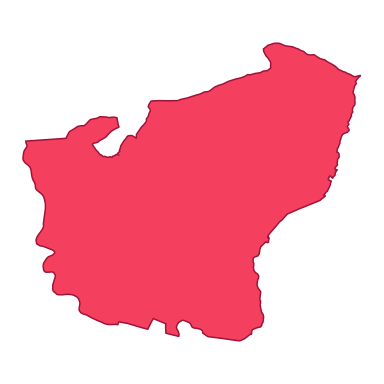 Haghig, Covasna, Romania (Equal Earth projection)
{"feature_id": "2599482B24219232325482", "entity_name": "Haghig", "entity_type": "district", "adm_level": 2, "iso_a3": "ROU", "parent_name": "Romania", "parent_adm1": "Covasna", "projection": "equal_earth", "projection_center": [25.634, 45.863], "detail": "fine", "context": "isolated", "style": "filled", "palette": "rose", "viewbox_px": 384, "rotation_deg": 0, "n_neighbors": 0, "source": "geoboundaries", "source_scale": "gbopen_adm2", "svg_char_len": 5916}
<svg xmlns="http://www.w3.org/2000/svg" viewBox="0 0 384 384"><path d="M361.0,75.5L359.5,75.6L355.3,76.7L353.7,76.5L350.3,74.5L346.5,73.0L345.4,72.2L343.9,71.9L339.7,70.0L337.9,69.0L337.8,68.6L337.6,68.6L336.5,67.4L334.6,65.8L332.1,64.3L328.4,62.4L324.8,59.9L324.1,59.6L322.8,59.5L322.0,59.1L320.2,58.7L317.0,56.7L314.6,55.0L313.5,54.7L309.8,55.0L307.3,54.4L306.0,53.6L304.0,51.7L303.3,51.3L300.4,50.3L298.6,49.1L296.4,48.4L292.6,46.8L285.2,45.8L279.6,43.4L276.6,43.2L274.8,43.2L272.3,43.8L270.2,44.7L268.1,45.2L263.4,49.0L263.6,49.4L263.5,50.4L263.9,51.8L265.1,54.2L266.0,55.9L268.0,58.0L270.4,61.9L270.7,62.8L270.6,68.1L267.4,70.6L263.2,71.1L260.3,72.7L255.3,73.4L250.6,74.7L247.5,74.7L245.1,76.2L243.0,77.1L240.7,77.9L235.5,79.1L228.2,81.4L223.1,84.0L218.1,85.5L217.0,86.1L215.0,86.8L210.1,90.6L208.5,91.5L204.2,92.0L200.2,94.0L196.4,95.0L186.7,98.1L180.7,99.4L177.7,100.6L168.7,100.8L159.9,100.6L153.0,100.9L151.3,101.1L150.9,101.3L149.0,104.4L148.2,106.7L150.1,109.3L150.3,110.1L150.3,110.7L149.1,113.3L148.0,116.9L146.6,118.4L146.4,119.5L146.3,121.4L144.1,124.3L141.3,127.2L136.6,134.2L136.4,134.8L136.4,137.1L136.1,138.0L133.2,136.2L131.6,135.5L128.7,135.7L128.0,135.9L127.0,136.7L126.5,137.8L124.1,140.6L120.6,146.1L120.4,147.7L119.4,150.6L119.4,151.0L119.7,151.3L119.8,151.6L118.3,152.6L118.0,152.9L117.8,153.4L117.8,154.0L118.3,154.7L116.3,154.4L113.9,156.0L112.7,156.2L112.0,157.3L109.9,156.7L109.2,157.1L107.7,157.4L104.7,156.3L103.6,156.6L103.1,156.5L101.7,155.2L99.8,154.3L98.1,152.1L96.0,149.9L92.4,144.5L92.8,143.9L93.9,143.1L95.7,142.9L97.8,142.1L98.5,141.8L98.9,141.3L99.1,140.8L102.4,139.1L105.7,137.2L106.7,136.2L109.1,133.3L111.5,131.1L115.1,128.9L118.2,127.5L119.0,126.9L118.2,124.7L116.9,117.7L114.7,117.2L112.3,117.2L109.0,117.6L106.2,117.0L100.0,116.7L97.1,118.2L90.9,119.4L90.0,119.9L86.0,124.1L84.1,125.7L80.7,125.8L77.6,126.4L74.8,128.4L70.0,131.3L68.9,132.5L66.1,137.9L66.1,138.3L25.8,141.1L25.9,142.3L26.3,143.7L26.8,144.7L27.0,145.5L26.9,146.4L25.8,148.4L24.4,150.3L23.8,152.2L23.5,153.6L23.1,157.0L23.0,158.5L23.2,160.0L23.9,161.2L25.3,163.0L28.3,165.3L29.7,166.8L30.4,168.2L31.1,170.3L31.6,174.6L32.1,177.3L33.1,180.1L34.6,182.8L35.2,184.7L35.6,188.4L36.7,190.0L41.9,194.3L43.3,196.1L44.2,198.4L45.4,203.7L45.4,208.6L43.4,223.3L43.4,224.4L43.6,226.0L43.3,227.2L42.7,228.7L41.3,230.9L38.7,234.3L37.3,236.5L36.5,238.4L36.0,240.2L36.7,243.8L39.9,245.8L42.5,246.2L44.9,247.0L53.2,250.3L54.5,251.8L54.7,252.9L52.9,254.9L48.3,256.8L47.0,258.0L45.7,259.8L43.6,263.2L43.3,264.8L43.1,266.2L43.7,270.3L44.6,271.5L45.7,272.2L48.5,272.2L52.1,271.9L53.5,272.5L55.1,274.5L55.3,275.7L55.1,277.4L54.4,279.4L52.8,284.8L52.7,289.0L53.2,291.0L56.3,293.8L57.2,294.5L59.4,294.8L62.5,294.8L66.1,294.4L68.1,294.3L71.3,294.6L73.1,295.0L74.7,295.7L77.0,297.0L78.0,298.1L78.8,299.2L79.8,302.4L79.9,303.5L79.1,308.5L79.2,310.3L79.9,311.5L80.9,312.8L83.7,314.2L86.3,314.8L91.0,317.5L97.6,320.6L102.2,322.4L103.8,323.3L105.4,323.9L107.5,324.4L110.7,324.6L115.1,324.3L117.8,324.7L118.8,321.8L128.2,323.6L142.2,327.8L147.8,329.2L151.9,321.0L153.3,318.6L165.9,323.8L165.6,325.2L165.6,326.7L165.9,333.2L178.7,336.4L179.1,334.5L178.7,332.8L178.3,331.5L176.8,328.9L176.4,327.2L177.3,324.4L178.6,322.6L180.5,321.3L182.4,320.3L183.6,320.3L188.8,322.5L189.9,323.2L190.7,324.1L191.7,326.6L192.7,327.5L194.0,328.0L197.6,328.4L200.1,329.2L201.5,329.9L202.3,330.7L202.7,332.0L202.7,333.0L207.6,336.5L208.5,336.7L221.2,338.3L238.5,340.8L239.3,340.8L240.7,340.5L244.8,338.6L249.7,334.7L250.4,334.3L251.2,334.3L251.4,334.1L251.7,333.1L251.6,331.3L251.9,330.6L252.8,329.6L254.0,328.9L255.2,328.6L256.0,328.1L259.1,327.2L260.6,327.0L261.7,325.5L261.7,324.9L262.0,324.1L262.0,323.7L262.9,322.4L263.4,320.1L263.3,318.9L263.7,317.4L263.4,316.0L263.4,315.2L263.3,314.8L261.4,311.9L261.4,310.5L260.9,309.6L260.4,305.9L260.2,305.3L260.1,304.4L260.6,303.0L260.4,301.7L260.6,301.2L259.9,299.7L259.8,298.4L260.0,298.1L260.1,296.3L260.7,292.4L260.4,291.2L258.2,288.3L257.0,285.0L257.0,284.3L257.4,283.1L257.4,280.9L258.4,278.5L258.7,276.2L258.4,275.4L257.9,274.5L257.2,273.7L255.6,272.7L254.5,271.4L253.9,270.2L253.6,269.0L253.5,268.0L253.8,263.6L253.1,261.3L253.0,260.1L253.3,258.5L253.6,257.7L255.1,256.8L257.6,256.1L258.8,254.6L259.3,253.6L259.9,249.3L260.7,246.9L265.3,242.3L265.8,242.1L267.3,242.6L268.5,242.2L268.6,241.9L268.4,241.3L269.1,238.2L268.6,238.3L268.4,238.2L268.4,237.9L267.6,237.4L267.9,236.8L268.4,236.5L268.4,236.3L268.1,235.9L268.5,235.4L268.4,235.1L269.0,234.3L279.9,221.6L281.6,220.4L287.2,214.2L288.1,213.7L297.9,209.4L319.4,200.7L320.3,200.2L325.2,196.1L325.1,195.8L323.7,194.9L325.4,193.4L325.7,192.4L327.0,191.6L327.5,190.9L329.9,185.8L330.4,184.3L330.6,183.0L331.3,181.2L331.0,180.9L329.3,180.5L328.9,179.7L328.4,179.6L328.2,179.0L329.1,177.8L329.1,176.5L329.6,176.1L330.7,176.2L330.9,176.4L331.4,177.2L332.3,177.9L332.7,178.1L333.0,178.0L333.1,176.9L334.8,175.5L335.1,174.9L335.3,172.4L336.1,171.5L337.2,170.0L336.9,169.8L336.4,170.4L335.9,170.3L336.1,169.6L335.0,168.9L334.9,168.5L335.8,166.8L337.5,164.9L337.1,163.4L337.7,159.1L338.9,157.6L339.2,156.5L339.0,155.4L339.1,154.1L338.7,153.7L338.6,153.2L337.9,152.4L336.8,152.0L336.8,151.7L337.0,151.3L337.3,149.2L338.5,146.7L339.5,144.1L339.9,143.3L340.0,141.1L340.6,139.7L341.0,138.0L341.7,136.0L342.4,134.8L343.4,133.8L347.4,132.2L348.6,131.1L349.0,130.4L349.1,130.0L348.9,129.2L347.6,127.1L347.3,126.3L347.6,125.7L348.6,124.9L348.8,124.5L348.7,123.7L348.0,122.4L348.0,121.7L349.3,120.7L349.4,119.8L350.5,118.2L350.7,117.2L351.4,116.2L351.5,115.9L351.2,115.1L351.4,114.1L352.8,112.0L352.4,110.8L352.4,109.6L352.7,108.8L352.7,107.9L353.3,106.6L354.3,105.6L355.0,104.0L355.0,101.7L354.8,100.3L355.0,97.5L354.4,94.9L353.4,93.5L353.1,92.2L353.4,90.6L354.2,87.6L354.9,85.6L355.4,84.8L356.0,84.2L356.2,83.4L356.1,82.8L355.6,81.4L355.8,81.0L357.8,78.3L358.5,77.8L358.9,77.1L359.9,76.5L360.1,75.8L361.0,75.5Z" fill="#f43f5e" stroke="#9f1239" stroke-width="1.5"/></svg>